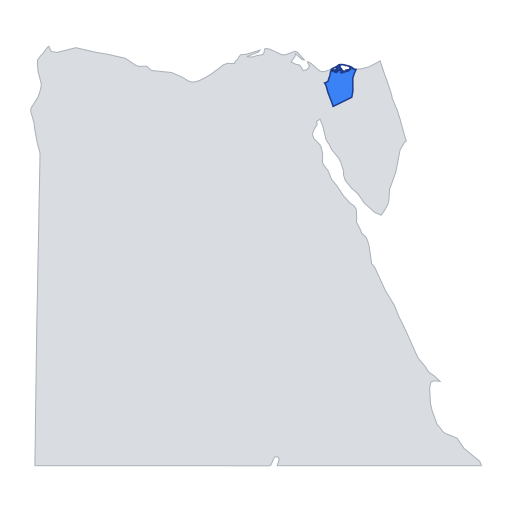 location of Bir Al-Abd, Shamal Sina', Egypt
{"feature_id": "37247803B3069705007202", "entity_name": "Bir Al-Abd", "entity_type": "district", "adm_level": 2, "iso_a3": "EGY", "parent_name": "Egypt", "parent_adm1": "Shamal Sina'", "projection": "robinson", "projection_center": [33.135, 30.752], "detail": "fine", "context": "in_parent", "style": "filled", "palette": "blue", "viewbox_px": 512, "rotation_deg": 0, "n_neighbors": 0, "source": "geoboundaries", "source_scale": "gbopen_adm2", "svg_char_len": 7407}
<svg xmlns="http://www.w3.org/2000/svg" viewBox="0 0 512 512"><path d="M481.3,465.7L469.0,465.7L456.6,465.7L444.3,465.7L432.0,465.7L419.7,465.7L407.4,465.7L395.1,465.7L382.7,465.7L370.4,465.7L358.1,465.7L345.8,465.7L333.5,465.7L321.2,465.7L308.8,465.7L296.5,465.7L284.2,465.7L277.2,465.7L278.4,461.9L279.1,459.1L278.3,457.2L275.9,456.7L274.4,457.3L270.7,465.4L268.7,465.8L264.4,465.8L250.0,465.8L235.7,465.8L221.3,465.7L207.0,465.7L192.6,465.7L178.3,465.7L164.0,465.7L149.6,465.7L135.3,465.7L120.9,465.7L106.6,465.7L92.3,465.7L77.9,465.7L63.6,465.7L49.2,465.7L34.9,465.7L35.0,456.0L35.2,446.2L35.3,436.5L35.4,426.7L35.5,417.0L35.7,407.2L35.8,397.4L35.9,387.7L36.1,377.9L36.2,368.2L36.3,358.4L36.5,348.7L36.6,338.9L36.7,329.2L36.9,319.4L37.1,309.7L37.3,299.9L37.5,290.2L37.7,280.4L37.8,270.7L38.0,260.9L38.2,251.2L38.4,241.4L38.6,231.7L38.8,221.9L38.9,212.2L39.1,202.4L39.3,192.7L39.5,182.9L39.7,173.1L39.9,163.4L40.0,153.6L39.7,151.8L37.8,145.2L36.1,136.8L34.3,126.4L34.1,123.1L31.0,112.4L30.7,109.4L31.6,107.2L37.4,98.2L39.2,93.9L40.7,88.6L41.3,84.4L39.8,77.9L38.1,72.0L37.6,66.0L37.5,60.1L40.4,56.1L43.9,52.4L45.2,50.1L47.3,47.5L48.7,46.2L51.3,51.5L57.1,52.4L75.9,47.7L96.4,52.4L107.8,54.3L125.3,58.3L135.9,65.4L138.8,66.4L146.5,66.2L151.5,70.5L171.5,72.5L182.2,77.2L188.2,80.9L191.8,82.1L195.1,81.9L199.5,80.5L205.0,77.8L211.0,74.2L223.5,64.8L227.9,63.2L230.8,63.6L234.3,63.5L235.7,60.9L237.6,59.2L238.7,57.2L240.6,54.8L247.1,54.1L260.0,50.1L258.6,52.0L246.8,56.6L251.8,57.1L257.0,55.6L262.9,54.6L264.0,52.6L264.7,49.0L265.9,48.5L269.9,49.2L282.0,54.8L285.0,54.9L293.6,51.8L295.4,51.2L298.1,52.9L304.4,59.9L302.2,59.7L295.5,53.7L294.9,56.7L291.0,62.0L295.8,64.3L299.7,65.1L301.8,68.0L303.1,70.7L307.0,69.5L309.7,66.0L308.3,64.0L307.3,61.9L308.6,61.9L311.3,63.6L318.9,70.3L321.5,71.7L324.5,71.5L330.7,69.6L332.5,69.9L340.8,67.4L341.8,69.2L343.2,71.0L349.9,69.0L360.5,69.0L369.2,66.8L379.2,61.5L380.0,60.7L380.5,62.0L381.7,65.6L384.8,74.9L387.5,82.2L390.8,92.2L391.9,96.1L392.3,98.7L397.1,109.8L400.0,118.9L402.0,126.3L405.0,137.1L406.3,140.8L404.2,142.8L400.1,149.8L395.8,172.1L389.5,189.5L388.9,200.3L387.8,204.3L384.9,209.8L381.2,215.2L374.7,212.4L364.2,202.9L358.0,193.9L351.4,188.0L345.2,180.3L343.5,174.8L343.6,171.2L340.8,162.5L338.8,158.4L331.3,149.1L329.1,144.2L327.4,142.0L325.8,138.9L323.0,126.9L320.1,119.2L316.6,121.4L317.2,124.6L314.3,129.0L312.4,134.2L313.8,138.4L320.0,144.8L321.2,147.6L322.7,153.6L322.4,161.9L323.4,164.7L328.1,170.8L329.7,174.4L330.7,177.6L332.3,180.4L336.9,185.8L343.5,195.9L349.8,202.8L354.3,206.1L356.3,209.4L356.7,217.9L356.4,222.0L360.4,229.7L361.9,233.6L365.8,236.8L367.5,240.4L369.2,246.2L371.6,263.6L375.0,267.9L385.5,290.8L394.3,305.2L398.6,316.0L405.1,329.2L418.0,358.0L425.6,367.0L428.6,372.0L434.1,375.8L440.1,381.4L434.4,380.8L433.0,381.2L431.0,382.1L430.1,385.5L429.7,388.3L430.4,402.9L432.0,410.3L437.1,424.4L440.8,428.7L442.6,431.4L445.2,433.4L457.1,438.2L464.0,448.4L479.7,461.3L481.2,464.9L481.3,465.7Z" fill="#d9dde1" stroke="#a8b0b8" stroke-width="1"/><path d="M351.8,97.2L352.9,90.9L352.8,83.2L352.8,78.1L354.2,73.7L356.0,69.5L355.1,69.4L354.5,69.2L353.5,69.1L352.9,68.7L352.5,68.4L352.4,68.6L352.4,68.4L352.2,68.0L351.9,68.0L351.9,67.9L352.0,67.6L352.3,67.9L352.4,68.0L352.5,68.1L353.3,68.5L353.5,68.9L353.6,69.0L353.7,68.9L353.5,68.6L353.0,68.2L351.5,67.1L351.3,67.0L351.0,67.0L350.8,66.9L350.7,66.7L350.4,66.5L349.9,66.4L348.8,66.0L347.6,65.7L347.0,65.6L346.4,65.4L345.9,65.3L345.7,65.2L344.1,64.8L341.9,64.5L339.4,64.6L338.9,64.8L336.5,66.5L334.8,67.4L334.4,67.5L334.7,67.5L335.0,67.4L336.4,66.8L336.6,66.5L338.0,65.7L338.4,65.7L338.8,65.8L339.3,65.7L339.5,65.5L339.4,65.3L339.4,65.2L339.1,65.1L339.3,65.0L339.9,64.7L341.1,64.7L341.5,64.8L342.4,64.7L343.7,64.9L345.7,65.4L345.8,65.4L345.8,65.5L346.2,65.4L346.9,65.6L347.1,65.7L347.6,65.8L347.9,65.9L348.4,66.0L348.9,66.4L349.5,66.6L349.4,66.8L349.6,67.1L349.8,67.1L349.9,67.3L350.0,67.3L350.2,67.2L351.5,67.7L350.7,67.5L350.4,67.3L350.2,67.5L350.5,67.9L350.5,68.1L350.5,68.3L350.4,68.5L350.2,68.4L350.2,68.5L350.0,68.4L349.9,68.5L350.0,69.0L350.0,69.3L349.9,69.6L350.1,69.7L350.0,69.8L349.9,69.8L349.7,69.9L349.7,69.6L349.5,69.8L349.4,69.6L348.8,69.7L348.6,69.7L348.4,69.8L348.1,69.9L348.0,69.7L347.7,69.7L347.3,69.8L347.6,69.9L347.8,69.9L347.7,70.0L347.9,70.2L347.8,70.3L347.9,70.5L347.4,70.5L347.4,70.4L347.5,70.4L347.3,70.2L347.1,70.3L347.1,70.5L347.3,70.7L347.6,70.7L347.7,70.8L347.4,70.8L347.2,70.8L347.2,71.0L347.5,71.1L347.4,71.2L347.4,71.4L347.2,71.4L347.2,71.2L346.9,71.2L346.7,71.0L346.8,70.7L346.5,70.6L346.3,70.7L346.2,70.8L345.9,71.0L345.8,70.9L345.6,71.0L345.5,71.3L345.3,71.1L345.1,71.2L345.0,71.3L345.0,71.5L344.8,71.4L343.7,71.4L343.3,71.5L344.2,71.7L344.3,71.8L344.3,72.0L344.2,72.1L343.6,72.0L343.4,72.0L343.1,72.0L342.6,72.3L341.9,72.5L341.5,72.5L341.2,72.6L341.5,72.8L341.4,72.8L341.2,72.8L340.8,72.6L341.1,72.4L341.1,72.1L341.4,72.0L341.5,72.0L341.4,71.9L341.2,71.8L341.4,71.8L341.5,71.8L341.5,71.6L341.4,71.5L341.3,71.3L341.5,71.2L341.4,71.0L341.6,71.1L342.0,71.0L342.1,70.9L341.9,70.9L341.7,70.9L341.3,70.8L341.1,70.8L340.3,70.5L340.2,70.3L340.2,70.2L340.4,70.0L340.6,70.1L340.9,70.1L341.0,70.0L340.8,69.9L340.7,69.9L340.4,69.8L340.2,69.9L340.3,69.7L339.8,69.9L339.6,69.8L339.6,69.7L340.0,69.5L340.0,69.4L340.0,69.2L339.9,69.2L339.7,69.2L339.8,69.0L339.9,68.8L339.9,68.5L340.1,68.6L340.2,68.4L340.3,68.3L340.4,68.5L340.3,68.8L340.5,68.9L340.8,68.9L340.8,69.0L341.2,68.9L341.4,68.9L341.5,69.1L341.6,69.6L341.9,69.8L341.9,69.6L341.7,69.3L341.6,68.9L341.4,68.7L341.1,68.7L340.8,68.6L340.6,68.3L340.5,67.9L340.0,67.3L339.9,66.9L339.5,66.9L339.4,66.8L339.7,66.6L340.1,66.4L340.1,66.5L340.4,66.5L340.0,66.3L339.8,66.4L338.1,67.5L337.9,67.5L337.7,67.5L337.2,67.8L336.7,68.1L336.6,68.6L336.2,69.0L335.7,69.9L335.4,70.0L335.1,70.1L334.9,70.0L334.6,70.0L334.3,70.1L334.7,70.3L334.8,70.3L334.7,70.4L334.8,70.5L335.1,70.6L335.3,70.5L335.5,70.4L336.6,70.5L337.0,70.7L336.9,70.5L336.9,70.4L336.9,70.0L336.9,69.9L336.9,69.7L337.0,69.7L337.3,69.4L338.3,69.2L338.4,69.3L338.4,69.6L338.2,69.7L338.0,69.8L337.8,70.3L338.0,70.3L338.1,70.7L338.0,70.8L337.8,70.8L337.7,70.8L337.3,70.7L337.2,70.7L337.1,70.8L336.8,71.0L336.6,71.1L336.4,71.5L336.5,71.5L336.6,71.3L337.0,71.7L337.0,71.8L336.7,72.1L336.7,71.9L336.5,72.3L336.4,72.4L336.1,72.4L335.5,72.3L335.4,72.2L335.1,72.2L334.5,72.1L334.1,71.9L334.5,71.9L335.1,71.8L335.2,71.7L334.9,71.4L335.0,71.3L335.2,71.2L335.4,71.0L335.5,70.8L335.4,70.7L335.2,70.9L334.4,70.4L334.1,70.3L333.5,70.0L333.1,70.1L333.0,70.4L333.3,70.3L333.5,70.3L333.6,70.2L333.8,70.3L333.7,70.4L333.8,70.5L334.2,70.6L334.3,70.7L334.3,70.8L334.1,70.9L334.1,71.0L333.9,71.1L333.7,71.0L333.9,71.0L334.0,70.9L333.8,70.7L333.7,70.8L333.3,70.9L333.2,71.1L333.4,71.1L333.5,71.2L333.0,71.3L332.9,71.4L332.7,71.4L332.7,71.2L332.4,71.2L332.1,70.8L331.9,70.6L331.4,70.7L331.2,70.9L330.8,71.0L330.7,71.1L329.9,75.6L328.7,78.9L328.0,81.3L325.2,82.9L324.6,83.0L326.0,85.4L328.0,92.6L331.9,102.7L333.1,106.4L344.0,101.1L351.8,97.2ZM330.9,69.9L331.2,69.5L331.6,69.4L332.5,68.7L333.1,68.4L333.3,68.3L333.2,68.2L333.4,68.1L333.7,68.1L334.2,67.7L333.8,67.8L332.5,68.5L331.5,69.2L331.2,69.3L331.0,69.6L330.9,69.9ZM332.4,70.6L332.7,70.7L332.8,71.0L333.0,71.0L333.3,70.9L333.6,70.7L333.4,70.6L333.1,70.8L332.9,70.8L332.9,70.7L332.7,70.5L332.5,70.4L332.3,70.5L332.4,70.6ZM331.8,70.2L332.0,70.3L332.2,70.2L332.2,69.9L331.8,69.9L331.8,70.2Z" fill="#3b82f6" stroke="#1e3a8a" stroke-width="1.5"/></svg>